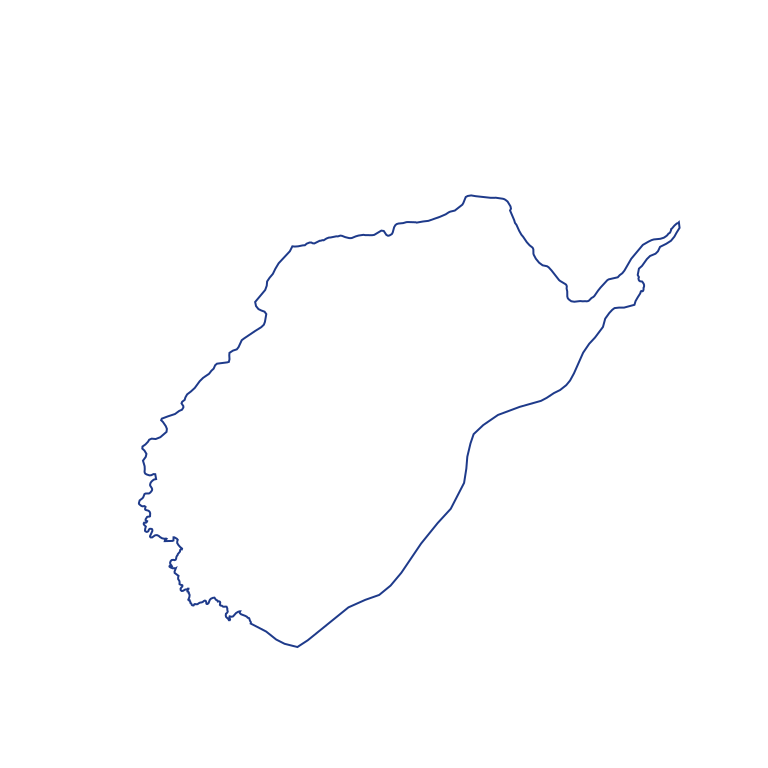 the district of Meun, Vientiane, Laos, rotated 210°
{"feature_id": "54806243B19210763437500", "entity_name": "Meun", "entity_type": "district", "adm_level": 2, "iso_a3": "LAO", "parent_name": "Laos", "parent_adm1": "Vientiane", "projection": "albers", "projection_center": [101.935, 18.217], "detail": "fine", "context": "isolated", "style": "outline", "palette": "blue", "viewbox_px": 768, "rotation_deg": 210, "n_neighbors": 0, "source": "geoboundaries", "source_scale": "gbopen_adm2", "svg_char_len": 6153}
<svg xmlns="http://www.w3.org/2000/svg" viewBox="0 0 768 768"><g transform="rotate(210 384 384)"><path d="M385.2,113.4L384.1,113.8L383.5,113.6L381.6,111.9L380.4,111.3L379.9,110.7L379.7,109.9L362.3,110.7L349.6,108.8L340.2,109.3L327.5,112.9L321.9,123.9L303.1,172.8L292.3,187.7L282.7,198.9L277.5,212.7L274.6,229.2L272.1,264.4L268.0,290.4L263.8,309.3L265.2,338.4L270.4,351.9L275.5,362.7L279.4,375.8L281.3,385.4L277.5,398.1L269.8,414.2L255.0,432.1L239.6,447.9L236.2,453.3L232.3,461.1L228.5,466.8L225.6,474.1L224.6,480.0L224.8,488.2L227.2,510.7L226.4,521.5L224.5,529.7L222.9,542.9L225.1,551.2L224.4,558.1L223.4,562.4L222.3,565.0L218.9,567.5L214.3,570.2L206.7,577.8L207.6,581.6L207.6,586.0L207.4,590.5L207.8,592.2L207.7,593.2L206.7,593.4L206.2,594.2L206.4,595.4L207.4,597.3L207.4,598.2L208.2,599.7L209.3,600.7L211.6,601.8L213.6,601.0L214.7,601.1L215.4,601.5L216.4,602.6L216.7,604.0L218.8,605.3L220.9,611.4L219.6,615.3L218.8,623.6L217.6,627.9L214.0,632.6L213.1,635.9L213.5,640.8L209.7,646.5L207.1,651.5L206.2,656.8L206.3,661.4L206.1,667.0L209.5,671.5L209.8,670.3L210.7,669.4L211.7,666.4L212.4,662.5L212.8,661.6L212.3,660.7L212.0,658.3L212.2,657.4L212.8,656.6L213.1,654.3L213.7,652.8L214.8,650.6L217.3,647.9L222.6,644.1L224.2,642.4L226.1,639.6L229.4,633.9L232.5,616.1L232.5,602.4L233.0,599.1L234.3,596.1L234.9,593.3L241.7,587.0L242.5,585.6L244.7,575.8L245.3,571.9L245.8,565.5L246.2,564.1L247.3,562.2L248.2,558.7L248.6,558.0L249.7,557.0L251.2,556.3L253.2,555.0L255.6,553.9L260.3,550.4L263.2,549.3L265.9,549.6L267.6,550.1L269.0,551.4L271.6,555.8L273.6,558.0L274.6,560.1L275.8,561.0L276.6,561.2L282.9,561.3L284.3,561.5L295.7,566.1L299.8,567.4L301.7,567.5L306.0,566.1L310.3,566.6L315.1,568.4L318.8,570.7L319.7,571.5L322.0,575.3L322.9,576.0L323.6,576.4L327.2,576.9L331.2,578.2L337.2,581.1L339.7,582.0L343.6,584.3L348.9,588.1L351.1,589.0L353.2,591.0L361.6,597.3L361.7,599.3L363.3,601.1L368.2,603.8L370.9,604.2L372.2,604.2L373.6,603.9L380.1,601.3L384.9,598.5L398.5,592.5L402.8,590.9L405.5,588.7L406.7,586.8L405.8,580.5L405.8,578.5L409.4,569.6L412.8,566.4L413.8,565.0L415.4,561.8L419.2,556.7L427.1,547.5L431.4,544.3L436.4,540.1L437.4,539.9L444.1,536.3L445.5,535.4L447.9,532.9L451.7,530.2L453.0,528.8L453.6,527.2L453.6,524.8L452.2,519.5L452.2,517.7L453.5,515.4L454.6,514.4L456.5,514.3L460.7,516.4L463.0,515.5L467.0,508.3L468.7,506.9L474.8,503.5L476.4,502.9L480.3,499.8L482.3,497.7L484.9,494.3L485.9,493.6L487.2,492.9L491.1,491.8L494.5,491.3L496.0,490.7L497.7,488.8L499.2,488.0L503.5,484.2L505.0,483.2L506.6,481.2L508.1,478.3L509.2,477.8L510.5,476.4L511.3,475.9L514.6,470.9L516.2,470.2L517.6,470.2L519.2,469.3L521.1,466.9L521.9,464.6L523.7,463.4L527.2,460.3L530.0,458.4L532.2,457.4L531.9,451.9L535.6,435.9L535.7,429.4L535.3,423.8L536.2,418.8L536.5,414.4L534.7,410.5L533.9,406.0L536.6,390.6L533.8,387.5L530.2,386.1L527.1,386.3L523.6,386.9L520.9,385.7L518.2,378.3L517.7,375.3L518.7,371.9L522.1,365.5L528.0,353.4L529.1,350.8L528.4,343.2L528.8,340.4L531.5,337.4L533.4,333.7L532.4,331.6L530.2,328.2L529.4,325.6L530.5,324.4L538.8,318.1L539.6,315.8L539.2,312.1L540.1,309.2L540.6,305.4L543.7,299.0L545.0,294.3L545.9,286.0L547.5,280.9L549.3,276.6L549.3,273.1L548.7,270.6L549.9,267.7L549.7,266.0L546.7,264.5L546.0,263.3L546.1,260.7L547.9,258.3L550.0,253.5L554.9,248.0L559.1,242.9L558.9,241.2L556.5,240.6L551.9,238.4L549.6,236.6L548.4,233.8L551.1,226.1L554.2,222.2L557.9,220.5L559.5,218.3L559.5,216.0L560.4,212.3L561.9,209.1L561.0,207.2L558.2,206.6L554.8,204.7L553.9,201.8L554.4,197.1L550.2,193.1L548.6,190.6L547.5,188.3L546.8,187.5L545.8,187.0L544.3,187.0L541.4,187.6L539.9,188.7L538.6,190.7L537.0,191.5L533.8,187.7L535.4,186.3L535.9,185.3L536.6,183.2L536.7,181.4L536.2,179.8L535.7,179.1L533.0,177.7L532.2,177.0L531.8,176.1L531.8,174.7L532.2,172.9L532.8,171.7L535.8,169.9L536.4,168.9L535.9,165.8L536.0,164.4L537.4,161.0L536.8,158.6L536.6,158.1L535.9,157.5L533.2,157.1L532.0,157.3L530.4,158.5L529.1,158.4L528.5,156.4L528.1,155.9L527.2,155.8L525.1,156.4L523.9,156.4L523.0,156.1L521.9,155.2L520.5,152.5L520.7,152.0L522.3,150.9L522.7,150.4L522.8,147.7L522.5,147.0L522.0,146.6L520.5,146.8L520.4,146.5L520.6,145.2L521.0,144.7L522.4,144.0L522.4,143.2L522.0,142.5L521.4,142.1L519.0,141.5L518.4,139.1L517.6,137.4L516.9,137.1L515.4,137.3L514.5,138.6L514.8,140.4L514.5,141.4L513.4,142.1L512.2,142.3L511.5,141.6L511.1,140.8L510.6,135.4L510.3,134.8L509.4,134.5L508.1,135.2L506.6,138.5L505.4,139.4L504.7,139.7L502.9,139.8L501.8,139.5L499.2,139.4L496.9,140.1L495.4,141.2L494.9,141.2L495.5,139.0L495.3,138.3L488.8,142.3L488.1,143.2L489.6,146.0L488.8,146.4L486.0,146.4L484.7,145.9L484.5,144.6L483.6,142.9L481.6,141.8L479.0,140.9L476.6,140.5L476.4,139.7L477.2,139.4L477.5,138.2L476.9,136.8L477.5,133.5L477.2,132.6L477.4,131.7L477.3,130.3L476.7,128.8L476.6,127.7L477.2,126.8L478.7,126.3L479.9,125.3L480.2,123.7L479.8,122.1L478.8,121.1L477.5,120.7L476.9,120.3L478.5,119.6L478.7,118.9L478.3,118.5L476.9,118.4L474.7,118.8L473.4,119.7L472.5,119.9L472.2,120.4L471.6,116.8L470.8,115.7L466.0,115.1L465.7,113.9L464.8,112.2L462.6,111.0L461.7,109.8L461.1,108.5L460.0,108.4L458.1,108.9L457.6,108.4L457.4,107.6L457.8,106.6L457.8,104.9L456.9,103.8L455.7,103.6L454.7,104.3L453.4,106.6L452.2,107.5L451.6,108.1L451.5,108.8L451.0,109.0L450.8,108.5L450.9,106.6L450.5,106.0L449.2,106.1L448.7,105.8L448.5,105.1L447.4,104.6L446.8,104.0L446.0,102.1L445.6,99.3L444.8,99.2L444.3,99.5L443.9,98.9L443.2,98.9L442.2,97.6L441.2,97.6L440.1,96.6L439.3,96.5L438.2,97.0L438.1,98.5L437.6,99.0L436.9,99.1L435.4,100.1L434.8,101.5L434.0,102.7L432.6,103.8L431.9,104.8L431.5,106.0L430.8,106.9L429.9,107.0L428.8,106.1L428.0,105.0L427.4,104.9L426.8,105.3L426.4,106.7L426.9,109.8L426.6,111.4L425.3,113.2L424.0,114.2L421.7,113.1L420.1,113.2L419.2,112.5L418.3,113.3L417.3,113.4L416.6,112.9L415.7,110.7L414.9,110.4L413.6,110.9L412.1,110.7L411.2,111.1L410.1,111.9L409.0,112.4L407.5,111.3L406.8,110.1L405.5,108.7L405.5,107.4L406.0,106.0L405.3,104.4L404.4,103.4L403.1,103.0L401.7,102.8L400.2,101.9L399.5,102.3L399.5,103.0L401.3,104.7L401.5,105.6L399.5,106.3L398.5,107.3L397.6,111.7L396.5,113.7L395.4,114.9L394.9,115.2L394.9,114.3L394.3,113.5L392.7,113.1L388.4,113.8L386.4,113.9L385.2,113.4Z" fill="none" stroke="#1e3a8a" stroke-width="2"/></g></svg>